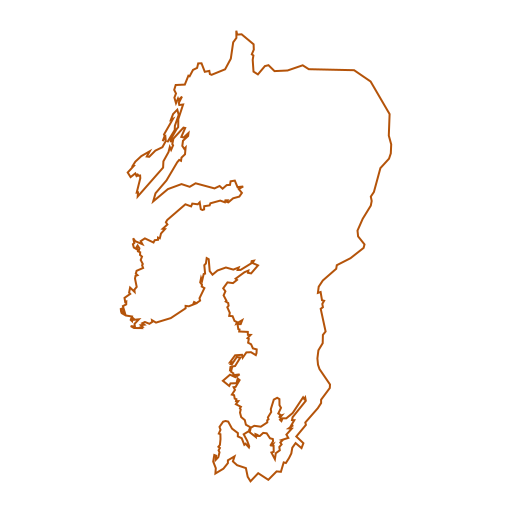 outline of Fusa nor, Hordaland, Norway
{"feature_id": "86288312B62165724203406", "entity_name": "Fusa nor", "entity_type": "district", "adm_level": 2, "iso_a3": "NOR", "parent_name": "Norway", "parent_adm1": "Hordaland", "projection": "albers", "projection_center": [5.703, 60.194], "detail": "fine", "context": "isolated", "style": "outline", "palette": "amber", "viewbox_px": 512, "rotation_deg": 0, "n_neighbors": 0, "source": "geoboundaries", "source_scale": "gbopen_adm2", "svg_char_len": 6087}
<svg xmlns="http://www.w3.org/2000/svg" viewBox="0 0 512 512"><path d="M354.1,70.2L308.8,69.2L302.7,65.3L287.5,70.5L274.5,71.1L268.5,65.2L264.9,66.1L257.9,74.4L253.5,71.6L252.7,59.8L253.4,55.5L251.8,54.3L253.8,49.6L253.6,44.3L241.6,34.3L237.2,34.6L236.3,30.7L236.4,37.9L233.2,42.3L230.8,58.7L225.1,69.3L211.6,74.8L209.9,74.1L209.3,70.9L204.8,71.8L201.5,63.3L198.2,63.4L197.1,67.9L193.0,69.9L189.6,76.3L188.4,75.7L184.8,84.6L175.7,85.0L174.2,89.9L176.0,93.5L174.4,97.6L176.0,103.2L178.0,98.5L178.6,100.0L182.0,96.6L178.8,102.9L179.3,105.0L183.1,104.5L178.3,119.1L178.2,127.1L173.9,132.6L174.8,132.2L171.4,138.1L170.8,142.3L171.0,137.0L167.3,142.2L174.7,130.1L174.9,125.7L178.7,114.9L177.3,109.7L173.1,114.0L170.9,119.8L173.0,118.8L164.0,134.5L164.7,135.9L162.7,141.1L165.4,137.0L165.8,141.0L162.4,147.2L155.4,150.6L149.2,156.8L146.8,156.5L149.7,151.3L141.3,156.1L135.3,161.7L132.7,165.8L133.8,165.9L127.7,172.5L130.6,177.1L135.3,173.4L136.4,175.8L137.9,173.8L137.5,175.8L140.1,175.5L140.3,178.2L136.7,192.6L138.0,192.4L137.7,196.5L163.1,167.6L163.4,161.3L168.5,152.1L169.8,147.0L171.1,149.9L173.1,145.3L172.3,144.1L173.4,138.6L183.5,127.6L185.2,128.0L181.3,136.9L183.7,137.5L188.5,133.0L188.1,136.0L183.0,140.7L182.3,145.9L184.3,148.9L185.6,147.5L185.0,154.3L181.5,157.6L181.0,160.8L179.2,159.9L177.2,162.3L166.5,180.4L155.5,193.3L153.2,201.4L167.9,189.1L181.5,184.1L189.7,186.8L195.6,183.3L214.5,188.4L219.6,186.0L222.6,188.7L226.7,185.1L230.0,184.9L230.6,181.3L234.8,180.6L237.5,187.1L243.2,186.5L238.7,189.0L241.9,192.9L239.3,196.6L233.1,198.3L228.3,202.4L226.6,201.8L227.6,200.3L225.4,200.3L224.9,202.3L220.2,200.6L210.4,203.3L209.6,205.4L204.2,206.2L204.1,209.4L202.4,210.0L200.8,209.2L199.7,202.3L197.8,204.3L192.3,203.6L191.1,206.4L185.4,204.3L167.3,219.9L165.9,222.2L167.4,224.5L162.7,228.8L165.0,229.1L161.0,233.5L159.8,238.3L158.0,237.6L158.0,239.8L154.7,240.2L153.5,242.5L144.9,238.4L140.7,241.1L142.4,244.2L135.3,241.2L133.2,238.3L134.3,243.0L132.9,244.2L133.8,247.5L137.3,249.6L136.6,247.1L137.6,245.5L139.4,248.3L138.7,251.1L137.2,251.0L140.2,252.3L140.0,254.9L142.0,256.6L140.7,260.0L142.8,264.0L142.1,265.2L143.1,268.0L136.6,270.8L135.8,273.6L137.5,275.2L135.5,275.9L135.0,278.6L136.7,286.9L134.4,289.7L134.6,291.9L130.1,287.6L129.1,292.6L130.2,293.9L124.5,297.9L125.2,302.0L126.3,301.5L126.2,304.4L122.9,306.1L125.3,314.3L122.5,312.9L123.3,310.8L122.2,308.5L120.8,309.0L121.1,311.6L121.7,313.1L125.8,315.5L132.0,316.5L130.7,319.9L132.1,321.2L132.5,317.7L134.3,319.3L133.1,319.9L138.9,319.3L134.5,323.9L134.9,326.5L130.7,326.1L134.0,328.0L141.4,328.1L140.7,327.4L142.6,327.0L140.8,325.2L144.3,324.7L142.3,323.2L144.9,322.0L149.4,323.8L152.3,321.9L152.0,320.2L156.0,322.6L170.8,318.1L185.6,308.3L185.6,305.9L188.8,306.3L195.1,303.8L193.6,303.2L194.1,302.0L196.4,303.2L200.1,300.6L199.5,298.2L204.4,288.1L201.7,286.5L202.0,284.8L200.2,282.4L201.1,278.0L202.1,280.8L203.7,274.0L205.1,273.6L204.3,265.2L205.9,263.5L206.7,258.1L208.7,259.2L209.7,271.1L212.5,274.7L217.5,270.5L225.9,267.5L233.3,269.6L238.7,267.5L237.7,270.0L240.6,269.9L251.2,263.4L251.7,261.1L253.9,260.7L252.5,263.0L258.0,265.4L251.1,273.4L248.0,272.8L248.4,270.6L244.5,272.2L235.6,278.7L237.0,279.9L233.0,283.1L227.5,282.4L223.2,288.3L225.4,291.3L223.6,295.4L226.4,300.7L225.7,301.5L228.2,303.0L228.6,305.7L227.3,307.2L229.8,312.9L229.2,315.9L232.6,316.2L234.5,320.9L237.0,322.1L236.4,323.6L242.2,320.2L240.7,324.1L237.5,324.2L238.3,329.1L239.5,329.5L239.2,331.5L247.8,331.9L247.9,334.8L250.6,334.9L247.5,338.2L248.8,338.9L248.1,342.7L251.1,344.3L252.9,348.4L256.7,349.4L256.5,353.1L255.8,355.1L251.0,352.2L246.4,352.4L242.7,357.7L242.0,354.8L235.1,355.3L229.9,362.4L232.8,362.2L230.8,364.1L231.8,364.4L236.7,357.1L240.4,357.5L235.1,366.0L230.5,366.9L230.1,369.8L231.7,368.9L231.0,371.7L233.4,373.4L233.2,375.2L239.6,374.4L235.4,377.2L230.0,374.7L222.9,380.8L229.2,385.9L230.5,383.4L236.5,383.2L237.7,378.5L239.6,380.1L235.6,386.9L233.6,387.2L235.0,389.9L231.9,394.6L234.1,395.2L234.7,398.6L236.4,399.2L236.0,401.1L238.3,401.1L235.9,404.2L240.9,406.8L239.9,408.3L240.7,409.5L240.0,412.6L241.2,417.1L244.8,420.1L245.9,424.7L250.4,427.3L249.2,429.8L250.0,431.0L250.8,427.7L254.3,425.8L260.8,426.7L267.3,422.4L267.2,420.3L268.5,419.3L267.9,417.4L271.2,412.0L270.8,409.2L273.8,399.6L277.2,397.8L279.4,399.1L279.5,405.2L281.0,407.8L278.3,413.5L280.4,414.8L279.9,416.0L281.9,415.3L280.1,417.5L281.2,418.6L280.0,419.7L281.4,421.1L282.6,418.3L286.3,418.3L292.7,413.0L303.1,397.3L304.2,399.0L305.2,397.5L305.8,400.8L292.6,417.2L292.0,420.1L294.3,420.2L291.1,425.6L293.2,425.3L288.7,428.4L291.8,428.6L286.4,434.6L288.3,437.9L281.7,440.0L282.5,440.3L280.3,442.5L281.6,444.4L279.3,447.0L279.8,450.3L275.8,453.2L274.9,459.2L271.4,452.5L273.7,451.8L273.6,445.8L272.3,445.6L273.1,444.2L270.3,445.8L273.1,441.2L272.8,439.0L270.0,438.3L266.7,433.3L263.2,432.9L259.8,436.0L256.3,435.9L257.2,434.8L255.5,434.1L255.8,437.0L248.5,431.3L243.7,434.3L247.2,440.8L249.2,446.3L248.9,447.4L245.6,443.7L244.3,444.8L241.7,438.2L237.8,436.4L237.9,433.1L232.0,428.6L228.2,421.6L225.5,421.0L223.1,421.7L219.5,426.9L220.5,429.8L218.8,433.6L220.4,434.2L220.5,439.2L219.9,445.0L218.4,446.8L219.9,448.0L218.6,450.3L219.5,452.3L218.3,457.2L215.8,459.8L216.1,455.7L214.3,455.0L213.2,461.6L215.8,468.2L215.4,473.5L223.4,468.7L227.9,463.1L227.9,460.3L234.5,456.4L232.9,461.4L237.1,465.2L245.9,468.1L247.7,476.8L250.5,481.3L258.2,473.2L268.3,479.8L276.6,471.4L280.9,471.8L283.7,462.4L285.9,463.0L289.0,458.1L291.3,453.5L292.3,447.7L295.6,443.1L301.5,448.1L303.4,443.2L296.3,436.5L305.9,424.9L305.3,422.5L317.8,408.2L321.1,403.1L321.1,399.7L329.8,388.0L330.0,384.5L319.5,369.1L318.0,364.7L317.4,358.4L318.4,350.3L322.7,343.2L322.9,334.9L325.6,331.5L320.7,308.8L322.9,307.2L322.3,303.9L324.1,300.8L322.0,300.2L320.6,292.0L317.9,292.9L318.7,286.7L322.8,280.5L336.2,268.8L336.8,265.2L350.5,258.2L363.6,247.9L364.5,244.4L358.1,236.4L357.5,230.6L362.7,218.8L370.8,205.6L371.7,201.0L370.8,196.6L373.9,192.0L380.4,168.1L389.0,158.7L390.8,153.4L391.2,144.4L388.8,135.6L389.6,114.1L370.6,81.5L354.1,70.2Z" fill="none" stroke="#b45309" stroke-width="2"/></svg>